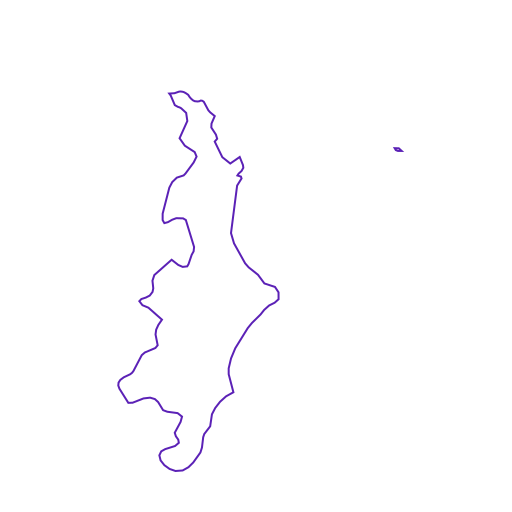 the Province of Latina, rotated 252°
{"feature_id": "ITA-5426", "entity_name": "Latina", "entity_type": "Province", "adm_level": 1, "iso_a3": "ITA", "parent_name": "Italy", "parent_adm1": "", "projection": "orthographic", "projection_center": [13.255, 41.249], "detail": "fine", "context": "isolated", "style": "outline", "palette": "violet", "viewbox_px": 512, "rotation_deg": 252, "n_neighbors": 0, "source": "natural_earth", "source_scale": "10m", "svg_char_len": 2056}
<svg xmlns="http://www.w3.org/2000/svg" viewBox="0 0 512 512"><g transform="rotate(252 256 256)"><path d="M401.8,260.0L395.7,254.6L392.0,253.2L383.8,255.4L379.5,255.3L377.6,252.1L360.4,254.5L351.9,260.1L355.2,271.1L346.5,271.7L343.8,271.2L341.3,268.5L339.7,264.9L338.3,263.2L336.2,266.2L334.2,266.2L328.8,259.8L285.5,239.3L274.8,239.0L252.4,243.4L247.5,245.5L237.5,252.1L227.3,255.5L220.7,264.5L214.5,266.2L207.9,264.1L205.8,259.3L204.9,253.2L202.2,247.1L199.0,242.3L193.6,231.5L190.0,225.9L174.7,207.8L166.3,200.6L157.6,195.3L152.0,193.5L133.4,192.4L131.8,184.2L128.5,176.8L124.1,170.3L119.1,165.2L108.2,159.8L102.7,151.8L100.0,149.8L90.5,145.4L86.3,142.4L79.0,132.5L76.0,126.5L74.7,120.0L76.4,113.0L80.2,108.0L85.4,104.2L91.1,102.1L96.3,102.5L99.5,105.5L100.4,110.0L100.3,120.3L102.2,124.9L105.4,125.3L109.3,124.1L113.0,124.1L121.5,133.0L126.1,136.0L130.8,132.9L135.3,123.5L138.1,120.0L147.3,117.8L151.2,115.6L154.0,111.5L155.3,105.0L154.6,93.3L155.8,89.2L172.0,85.1L175.4,85.0L178.1,86.2L180.1,88.7L181.5,92.8L182.4,99.8L183.2,102.0L184.4,103.8L197.0,116.7L198.6,120.5L199.6,131.9L201.5,134.9L212.4,136.2L216.8,138.3L220.7,141.9L224.5,146.9L240.1,137.7L244.3,132.8L249.1,131.1L250.5,133.7L250.5,138.3L251.2,142.7L253.8,146.5L257.0,148.3L264.5,149.9L269.3,153.4L278.5,174.6L271.5,179.3L268.3,182.9L267.4,187.4L269.1,189.3L277.0,195.2L279.7,198.1L283.7,199.9L311.9,200.4L314.3,198.3L316.6,191.9L316.4,187.5L315.4,182.7L315.6,179.0L319.0,178.3L325.1,180.3L347.8,194.7L352.2,199.2L355.0,204.9L355.0,212.1L356.2,214.4L364.2,225.6L368.9,230.2L373.8,229.8L382.9,222.4L391.6,219.7L405.6,232.4L413.7,233.8L419.6,230.5L420.9,229.3L422.0,227.8L424.6,225.4L435.0,224.5L437.3,223.7L436.0,228.8L436.1,233.4L435.9,234.7L435.4,235.9L434.8,237.1L433.9,238.3L432.5,239.6L430.3,241.3L427.7,242.0L425.8,242.8L423.6,244.1L422.2,245.5L421.0,248.2L420.7,249.9L420.9,251.6L420.2,252.9L418.8,254.0L409.3,255.7L406.8,256.8L401.8,260.0L401.8,260.0ZM312.1,423.4L313.5,421.7L315.7,421.2L314.3,425.1L310.9,427.0L312.1,423.4Z" fill="none" stroke="#5b21b6" stroke-width="2"/></g></svg>